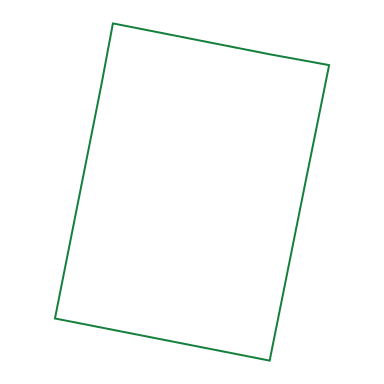 the district of Clay, Kansas, United States of America, rotated 191°
{"feature_id": "52423323B796635822074", "entity_name": "Clay", "entity_type": "district", "adm_level": 2, "iso_a3": "USA", "parent_name": "United States of America", "parent_adm1": "Kansas", "projection": "orthographic", "projection_center": [-97.195, 39.349], "detail": "fine", "context": "isolated", "style": "outline", "palette": "green", "viewbox_px": 384, "rotation_deg": 191, "n_neighbors": 0, "source": "geoboundaries", "source_scale": "gbopen_adm2", "svg_char_len": 278}
<svg xmlns="http://www.w3.org/2000/svg" viewBox="0 0 384 384"><g transform="rotate(191 192 192)"><path d="M83.6,41.3L82.5,222.1L82.0,282.4L81.6,342.7L141.6,342.0L300.8,342.4L301.8,342.3L301.4,281.6L302.4,41.7L83.6,41.3Z" fill="none" stroke="#15803d" stroke-width="2"/></g></svg>